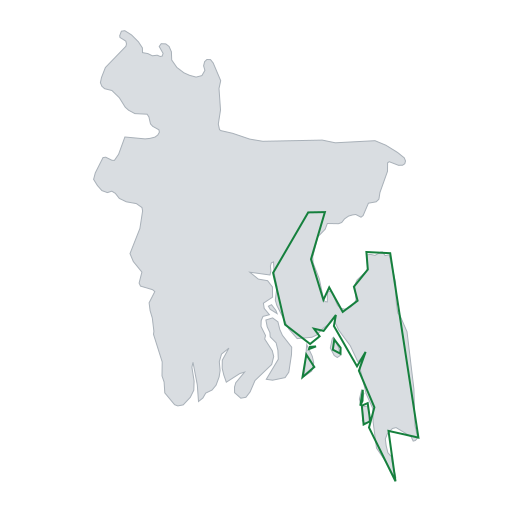 where Chittagong sits in Bangladesh
{"feature_id": "BGD-2476", "entity_name": "Chittagong", "entity_type": "Division", "adm_level": 1, "iso_a3": "BGD", "parent_name": "Bangladesh", "parent_adm1": "", "projection": "orthographic", "projection_center": [91.588, 22.498], "detail": "coarse", "context": "in_parent", "style": "outline", "palette": "green", "viewbox_px": 512, "rotation_deg": 0, "n_neighbors": 0, "source": "natural_earth", "source_scale": "10m", "svg_char_len": 4354}
<svg xmlns="http://www.w3.org/2000/svg" viewBox="0 0 512 512"><path d="M162.0,375.9L162.2,361.9L153.5,334.3L153.9,331.3L152.3,318.0L150.1,310.6L149.1,302.8L154.8,291.6L152.6,289.7L140.5,286.1L139.1,283.1L141.9,272.1L133.3,261.5L130.0,253.6L139.9,228.5L142.6,211.0L142.0,207.6L136.4,203.6L126.3,201.8L119.3,198.4L115.3,193.3L111.8,191.2L107.4,192.6L101.9,190.6L97.4,185.5L93.6,179.4L95.3,172.9L103.0,157.6L105.7,157.2L112.0,160.3L114.4,160.4L118.6,154.3L124.9,137.0L145.1,138.9L149.9,138.4L155.0,137.1L157.8,135.0L159.4,132.2L158.9,129.8L152.8,126.4L150.5,123.9L148.9,116.9L147.1,114.2L134.9,113.6L128.7,110.3L125.3,107.3L119.3,97.7L111.9,90.5L104.6,88.7L101.9,86.3L100.4,82.7L101.5,77.5L105.4,67.5L125.9,46.3L126.5,43.9L125.8,41.1L120.0,37.5L119.7,35.7L121.4,31.2L124.8,30.7L131.6,35.0L138.4,41.8L142.4,47.9L142.5,52.6L147.9,53.6L152.4,55.8L157.2,55.2L160.2,56.5L162.2,56.1L163.1,53.4L159.2,46.5L161.2,43.7L165.8,43.9L169.1,46.5L171.4,51.8L171.7,60.0L176.9,67.5L183.9,72.8L189.5,75.3L196.1,77.1L201.9,75.6L204.9,70.4L203.6,65.8L204.6,61.7L206.9,59.5L210.5,59.6L213.2,63.0L220.7,80.7L219.0,88.5L220.5,110.0L218.3,124.1L219.5,129.6L220.8,130.6L232.6,133.3L249.7,139.1L262.8,141.3L322.3,140.1L335.3,142.8L375.0,140.7L385.8,145.2L397.6,152.5L404.3,157.9L405.5,161.0L404.8,163.7L402.6,165.2L398.5,165.3L389.2,161.7L387.6,162.8L387.5,171.3L379.9,192.6L378.9,199.2L376.2,201.8L368.4,203.2L363.1,215.6L361.0,217.2L355.8,214.5L352.6,214.9L348.5,216.1L344.5,218.9L341.7,222.5L338.5,223.7L327.3,223.5L325.2,229.2L317.8,236.8L312.7,256.8L313.1,262.9L319.3,278.9L323.6,299.6L325.2,301.7L327.3,301.9L327.5,292.4L329.5,291.2L332.1,292.3L337.4,305.1L340.4,308.3L345.1,309.2L350.4,307.3L354.4,303.5L356.0,299.5L354.6,285.5L357.1,279.9L366.2,271.4L367.6,268.8L366.9,254.8L370.4,254.4L375.0,255.4L380.8,252.1L382.6,252.0L385.1,255.6L389.2,254.9L395.6,282.6L396.2,302.1L397.7,313.0L399.9,315.4L407.0,331.7L413.9,389.0L414.9,425.4L417.7,437.7L415.4,440.5L413.2,441.1L411.1,436.7L396.1,427.6L392.4,428.5L387.3,433.9L385.3,438.9L386.2,445.9L387.9,452.8L391.4,456.7L391.8,461.1L395.8,477.4L394.7,477.6L386.5,462.7L376.5,448.1L373.1,421.8L372.9,408.8L366.1,393.6L359.7,367.0L362.5,357.6L357.8,361.7L350.3,345.8L338.7,330.1L335.4,323.2L335.2,316.5L330.2,323.3L323.4,328.0L316.5,335.1L311.8,337.3L297.2,338.6L288.8,329.0L276.9,305.5L275.3,300.2L277.0,286.4L274.2,273.4L273.5,261.9L271.3,262.9L270.4,266.1L270.9,270.9L270.0,275.0L249.8,272.2L258.3,279.1L267.6,280.7L272.4,286.9L272.6,297.1L263.4,303.2L264.2,308.4L269.4,314.7L263.0,316.4L261.2,320.6L261.0,326.4L265.5,335.5L264.7,339.0L272.3,350.8L273.7,356.5L271.7,364.5L255.0,380.5L250.1,391.9L245.9,397.3L240.8,398.2L234.6,392.7L234.5,387.1L235.8,382.7L244.6,372.1L239.9,373.5L226.3,382.2L223.8,375.0L222.2,368.3L222.3,360.2L228.9,348.1L221.5,354.1L219.3,361.7L220.1,370.6L219.1,376.9L216.1,385.1L212.1,390.0L205.7,393.1L202.9,398.0L198.5,401.5L197.3,384.9L193.0,362.3L191.9,367.2L194.1,381.1L193.8,390.2L190.3,397.3L183.2,404.9L177.8,405.9L174.6,404.7L164.8,392.9L164.1,382.0L162.0,375.9ZM285.1,377.6L272.6,380.2L266.3,379.3L278.3,359.2L277.9,350.2L276.1,342.8L270.2,336.8L269.9,332.6L267.2,326.8L265.9,320.0L272.6,317.9L277.9,321.8L279.8,329.5L282.4,335.3L291.7,347.2L291.5,354.4L288.8,372.2L285.1,377.6ZM311.7,371.1L304.1,376.4L306.7,344.5L312.3,356.4L313.7,362.8L311.7,371.1ZM340.6,355.2L337.3,357.5L334.2,355.5L330.3,348.0L332.3,338.5L333.5,337.2L338.2,346.8L340.6,355.2ZM368.7,422.4L364.4,422.8L362.3,420.5L363.3,417.3L362.1,407.0L367.6,406.0L369.6,414.6L368.7,422.4ZM363.9,393.5L360.7,403.8L359.4,399.2L361.6,390.2L363.9,393.5ZM275.8,310.3L277.1,313.6L270.2,309.3L268.4,306.2L271.5,304.7L275.8,310.3Z" fill="#d9dde1" stroke="#a8b0b8" stroke-width="1"/><path d="M418.4,437.6L388.5,430.9L395.5,481.3L369.0,427.5L374.4,407.3L358.9,370.7L365.6,351.9L357.0,366.3L333.9,326.0L335.9,315.0L323.6,330.9L314.0,328.7L319.6,336.3L310.1,344.0L285.1,324.6L273.1,272.8L308.2,212.4L324.9,212.1L311.0,259.2L323.4,299.9L329.2,287.4L342.7,311.9L357.6,300.7L353.9,286.7L367.8,269.5L366.4,252.0L390.2,253.2L418.4,437.6ZM306.3,354.6L314.3,367.0L302.5,377.2L306.3,354.6ZM367.7,403.1L370.2,421.2L363.6,424.5L361.8,405.7L367.7,403.1ZM334.3,339.5L340.6,347.8L340.5,353.7L332.8,349.7L334.3,339.5ZM362.8,389.8L362.5,400.8L360.3,405.7L362.8,389.8ZM309.8,346.9L316.0,346.4L309.1,349.0L309.8,346.9Z" fill="none" stroke="#15803d" stroke-width="2"/></svg>